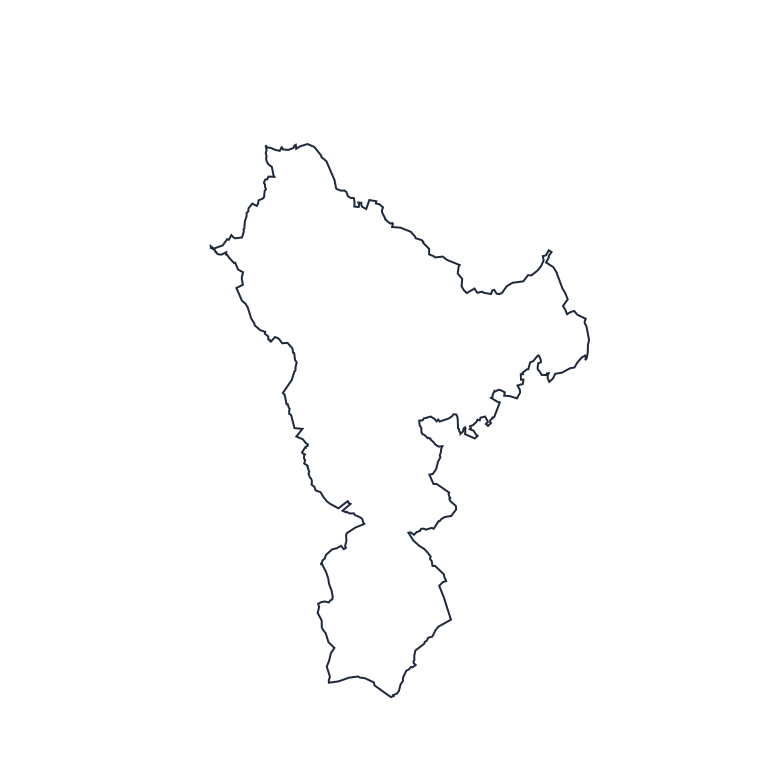 Lupeni, Harghita, Romania, rotated 146°
{"feature_id": "2599482B15236521048096", "entity_name": "Lupeni", "entity_type": "district", "adm_level": 2, "iso_a3": "ROU", "parent_name": "Romania", "parent_adm1": "Harghita", "projection": "albers", "projection_center": [25.242, 46.419], "detail": "fine", "context": "isolated", "style": "outline", "palette": "slate", "viewbox_px": 768, "rotation_deg": 146, "n_neighbors": 0, "source": "geoboundaries", "source_scale": "gbopen_adm2", "svg_char_len": 6166}
<svg xmlns="http://www.w3.org/2000/svg" viewBox="0 0 768 768"><g transform="rotate(146 384 384)"><path d="M450.6,595.1L451.2,594.1L450.7,594.1L451.0,593.2L449.4,589.5L449.9,587.7L449.3,587.3L449.5,585.5L448.7,584.0L446.3,582.1L441.1,581.5L442.6,579.6L441.7,578.4L441.9,575.6L440.7,568.2L439.5,567.8L441.0,560.6L438.4,555.5L442.7,551.4L445.5,545.2L452.7,546.1L455.2,532.4L453.9,528.0L454.2,523.5L457.4,512.8L457.7,506.5L458.4,504.9L456.5,497.8L453.3,493.7L454.7,492.4L453.4,488.1L454.9,485.9L454.1,484.3L454.6,484.0L454.1,482.3L448.2,483.9L446.5,481.7L445.8,479.7L445.7,474.8L441.0,472.0L440.1,465.4L440.4,463.7L441.9,460.9L441.2,459.8L444.3,453.8L444.3,450.7L448.0,447.3L449.8,444.8L451.2,444.5L458.3,438.9L472.9,433.1L472.4,430.6L476.1,421.6L475.1,420.9L476.1,417.9L476.1,416.1L477.6,414.9L479.3,412.2L478.5,411.0L478.7,409.2L482.9,397.5L476.7,392.4L486.0,389.5L482.2,383.5L481.9,379.1L480.9,376.4L482.0,375.4L483.5,375.8L484.7,374.8L485.1,375.4L490.3,373.1L490.1,371.7L488.9,369.8L490.3,369.3L492.0,367.0L491.9,365.0L494.6,362.7L493.0,359.0L493.9,358.1L493.7,357.0L494.5,355.9L494.9,353.1L496.7,351.9L497.7,347.9L497.4,346.3L497.9,344.1L500.3,340.9L499.2,337.7L500.2,334.0L497.1,329.8L497.4,324.0L497.0,318.7L495.8,315.1L491.3,306.4L479.8,307.2L479.4,306.7L479.9,305.3L478.8,303.3L489.2,302.1L487.2,298.8L486.4,298.9L484.9,295.9L481.3,293.6L481.5,291.8L478.4,286.9L477.5,284.5L478.6,280.8L478.6,279.0L488.0,281.0L498.4,281.1L500.1,279.7L502.9,274.9L506.9,271.4L507.2,269.5L509.7,269.5L510.1,273.8L515.1,274.3L519.5,275.9L527.6,274.8L530.9,272.3L533.7,272.1L535.5,270.5L536.7,270.3L536.9,269.8L536.1,269.4L537.1,260.8L539.0,253.9L541.3,249.1L543.0,242.0L545.5,236.3L547.3,234.4L549.6,234.6L552.0,233.8L554.8,236.9L558.3,238.3L561.5,238.6L562.6,235.3L567.0,231.3L567.9,222.8L571.6,217.1L572.0,215.0L571.8,209.8L574.4,200.9L572.7,192.9L578.6,190.5L584.2,185.3L589.5,181.7L592.5,171.5L595.4,169.3L596.7,167.2L587.8,162.8L577.5,160.2L569.2,156.1L568.0,154.0L564.3,150.7L559.3,142.3L560.4,139.3L553.4,120.6L550.6,119.9L550.5,121.0L546.4,120.1L543.4,121.1L538.2,125.7L534.3,127.3L532.5,129.9L526.0,133.8L523.0,133.5L519.9,134.3L518.9,133.2L514.9,133.3L515.4,135.9L514.9,137.3L513.0,138.4L510.9,141.8L507.0,145.5L495.8,146.2L494.5,147.4L492.1,147.3L489.2,148.9L485.1,147.6L479.2,151.0L474.5,152.4L460.3,151.2L453.7,173.7L451.1,185.8L446.2,186.8L442.6,185.9L441.9,190.4L440.8,192.7L443.4,204.7L445.5,206.0L443.5,210.5L443.7,213.3L441.9,214.7L442.0,219.2L442.9,224.8L445.2,229.9L447.2,237.8L446.9,247.0L444.9,246.1L443.4,242.2L439.7,243.0L436.3,242.1L434.3,243.2L431.9,241.8L430.5,239.7L425.0,238.1L423.7,236.2L415.4,239.8L414.6,239.2L411.6,240.0L407.8,239.7L402.1,237.0L394.3,239.7L392.6,242.9L394.3,248.8L394.4,251.3L394.0,252.2L392.7,252.4L392.9,254.1L392.0,256.7L390.7,257.5L396.1,271.4L398.9,273.6L397.0,283.5L393.9,282.1L388.3,284.3L382.8,289.3L378.1,291.8L377.8,293.5L374.4,296.1L373.4,297.8L370.4,299.8L373.8,301.6L375.5,305.8L375.3,306.7L376.5,312.5L376.1,312.8L377.2,314.6L378.0,314.6L378.9,318.8L380.2,321.3L379.9,323.2L377.7,326.6L377.5,329.9L375.3,334.0L372.3,332.3L370.4,333.2L363.5,330.9L361.6,326.7L361.3,323.6L358.9,324.2L358.9,321.8L349.7,319.2L345.5,319.2L343.5,320.1L341.2,318.4L341.4,316.1L343.0,312.9L347.4,305.9L347.1,305.0L348.1,302.1L347.7,301.2L348.5,299.9L345.1,300.4L342.6,302.8L341.0,302.8L341.3,301.3L342.6,300.8L343.2,298.9L344.9,297.2L339.2,288.1L335.4,288.6L336.0,290.8L335.9,295.3L338.1,298.5L336.8,298.5L336.3,300.9L333.3,300.1L328.6,300.9L326.4,302.1L325.0,300.3L322.8,302.1L318.4,300.5L319.0,294.5L321.9,293.9L321.3,291.1L317.4,291.8L317.7,292.2L316.3,294.6L313.3,294.9L312.9,295.6L311.2,294.9L298.3,304.0L300.2,306.4L303.0,312.7L301.2,312.6L300.1,314.2L296.4,316.4L296.3,315.7L292.3,315.1L291.0,314.1L288.5,309.5L290.9,307.1L286.3,303.4L281.8,297.7L275.9,300.8L274.6,303.3L274.2,308.1L268.9,306.4L265.9,309.7L268.0,311.0L265.1,315.6L263.3,314.4L262.9,315.8L257.1,316.2L256.1,315.5L250.8,320.2L247.3,319.5L241.4,321.4L240.0,321.4L239.7,320.7L240.6,316.1L241.8,314.3L244.5,315.0L247.8,311.3L248.4,309.3L247.9,307.6L248.3,303.5L244.6,300.7L243.1,301.7L241.4,300.9L243.4,299.6L245.1,297.2L245.8,293.4L241.0,294.0L236.3,296.7L230.2,293.9L220.8,293.0L216.8,291.2L212.2,293.5L205.5,295.4L201.4,295.1L202.4,292.2L204.0,291.3L201.7,291.9L197.7,295.9L193.1,302.3L189.4,305.8L183.9,318.7L183.6,322.2L182.5,323.8L180.3,325.2L185.0,333.4L185.5,338.2L189.0,339.3L193.2,339.5L192.2,344.1L192.0,348.6L184.4,351.4L182.9,358.0L182.7,363.3L178.5,380.4L178.3,386.3L181.7,394.1L176.7,396.7L175.8,398.0L171.3,399.8L172.7,402.7L177.7,400.1L180.8,401.2L182.5,397.2L188.0,393.8L193.2,392.2L201.0,391.6L203.8,393.7L211.1,391.2L220.5,395.9L223.7,396.3L227.8,396.4L235.5,393.4L238.4,394.3L240.1,395.8L240.0,400.5L242.1,401.0L244.8,398.7L250.1,403.6L251.0,405.6L255.7,407.5L255.6,412.5L264.6,413.2L265.3,416.8L265.1,421.6L260.4,427.4L261.1,434.4L256.3,439.7L254.7,440.3L262.4,451.7L264.1,456.8L270.8,460.3L271.3,462.0L274.1,466.3L271.0,470.8L272.6,479.4L271.8,480.0L272.5,482.5L276.2,487.1L275.8,488.7L276.7,495.3L282.9,504.4L289.5,509.6L287.0,511.9L287.1,512.7L289.0,513.5L291.0,519.7L290.5,520.3L289.6,527.5L288.4,529.3L286.0,531.0L287.4,535.7L289.8,538.3L288.2,539.8L293.3,544.7L300.9,539.0L303.0,543.0L303.0,544.4L301.4,546.9L303.8,548.8L304.2,546.7L306.0,544.9L309.4,547.7L307.1,550.6L305.0,554.9L307.8,557.2L308.9,560.0L307.8,564.2L308.6,566.5L311.5,568.3L313.9,571.6L314.3,573.0L311.0,580.7L307.2,600.9L309.0,607.3L308.3,608.4L309.2,619.4L313.2,625.7L320.9,628.0L325.2,628.1L323.4,631.6L325.1,631.7L326.9,630.3L332.6,631.6L336.7,635.2L336.1,637.0L336.5,637.5L340.1,635.6L343.3,639.0L345.7,642.9L348.6,645.5L348.7,648.1L350.5,643.6L353.1,641.3L353.8,638.8L355.6,636.9L356.7,634.5L357.1,631.2L355.6,626.6L358.9,618.8L359.0,617.0L363.7,620.5L366.4,619.0L368.0,619.9L371.1,618.0L371.1,615.9L372.4,613.9L372.9,611.5L375.1,610.7L378.9,606.0L381.0,605.5L385.3,606.4L387.6,604.0L389.9,602.8L392.3,607.2L398.1,605.4L400.0,603.0L402.4,602.6L403.9,600.1L408.3,596.7L412.9,591.0L413.9,590.9L414.9,588.8L419.8,584.9L425.9,588.0L426.8,589.7L427.3,592.8L432.1,590.3L433.0,591.8L440.2,589.1L449.5,591.5L450.6,595.1Z" fill="none" stroke="#1e293b" stroke-width="2"/></g></svg>